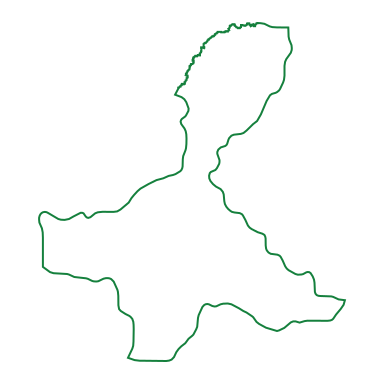 outline of Rio San Juan, María Trinidad Sánchez, Dominican Republic
{"feature_id": "3306468B8616193891808", "entity_name": "Rio San Juan", "entity_type": "district", "adm_level": 2, "iso_a3": "DOM", "parent_name": "Dominican Republic", "parent_adm1": "María Trinidad Sánchez", "projection": "robinson", "projection_center": [-70.066, 19.564], "detail": "fine", "context": "isolated", "style": "outline", "palette": "green", "viewbox_px": 384, "rotation_deg": 0, "n_neighbors": 0, "source": "geoboundaries", "source_scale": "gbopen_adm2", "svg_char_len": 5803}
<svg xmlns="http://www.w3.org/2000/svg" viewBox="0 0 384 384"><path d="M128.0,357.8L134.6,360.1L139.5,360.7L166.2,361.0L169.1,360.6L171.6,359.6L174.0,357.1L176.3,352.2L178.6,349.0L181.3,346.3L185.3,343.2L188.6,338.7L192.3,335.7L193.4,334.6L196.2,329.3L197.2,326.8L198.0,317.9L198.7,315.1L202.4,307.0L204.1,305.1L205.5,304.3L207.2,304.0L208.9,304.3L212.3,306.0L214.6,306.5L216.3,306.3L220.6,304.3L223.2,303.7L227.8,303.5L231.4,304.3L239.0,308.3L243.3,311.0L246.5,312.5L252.0,316.2L253.2,317.2L256.5,321.9L259.2,324.0L266.0,327.7L277.0,331.0L279.1,330.4L284.3,327.9L290.8,322.4L293.2,321.4L295.6,321.4L299.6,322.6L304.6,321.1L307.5,320.7L327.5,320.8L330.2,320.5L331.9,319.9L333.2,318.8L336.1,314.5L340.7,309.0L343.6,304.8L344.9,300.2L338.6,299.4L333.2,296.9L331.3,296.4L320.2,296.0L318.4,295.8L316.7,295.1L315.5,293.7L314.9,291.9L314.5,282.7L314.0,279.6L312.7,276.4L310.6,273.1L309.3,272.2L307.8,272.0L306.4,272.3L303.1,274.1L301.4,274.5L297.9,274.7L295.4,274.0L288.6,270.2L286.7,268.5L285.2,266.3L282.7,260.6L280.7,256.9L279.6,255.7L277.5,254.7L270.7,253.8L268.5,252.5L266.8,250.4L266.1,248.6L265.7,245.5L265.6,238.4L265.2,236.5L264.4,234.9L262.4,233.7L257.7,232.2L251.7,229.1L249.6,227.6L247.9,225.5L245.3,219.8L242.9,215.4L241.9,214.2L239.7,213.1L234.6,212.5L232.0,211.9L230.4,210.9L228.2,209.0L226.3,206.7L224.9,204.0L224.3,201.2L223.7,194.4L222.8,191.8L220.6,189.1L216.0,186.6L213.0,184.1L210.5,181.1L209.3,178.4L209.1,175.7L209.8,173.1L210.8,172.0L215.4,170.0L216.9,168.2L219.2,163.8L219.5,162.0L219.5,160.1L217.3,153.8L217.3,152.0L218.3,149.6L220.8,147.4L225.2,146.0L226.4,145.1L227.2,143.8L228.4,139.8L229.1,138.2L231.4,135.7L233.8,134.7L240.8,133.9L243.5,133.0L246.6,130.5L253.1,124.1L257.1,121.0L260.9,114.4L266.6,101.0L270.0,95.3L271.9,93.9L275.7,92.8L277.2,92.0L279.1,90.4L280.1,88.9L283.1,82.5L284.0,79.8L284.5,75.6L284.5,65.9L285.1,61.8L286.3,59.1L290.8,52.8L291.7,50.0L291.8,48.1L291.5,45.2L289.2,39.5L288.6,36.6L288.3,27.5L277.0,27.4L272.3,27.1L269.7,26.4L264.4,23.8L260.7,23.2L257.5,23.0L257.5,23.3L256.5,23.3L256.5,23.7L255.8,24.2L255.8,24.6L255.1,25.0L255.1,26.2L254.0,26.2L254.0,25.8L253.6,25.8L253.6,24.6L253.3,24.6L253.3,24.2L251.9,24.6L251.9,25.0L251.5,25.0L251.5,25.8L250.8,26.2L250.5,25.4L250.1,25.4L249.8,24.6L249.4,24.6L249.4,23.7L249.1,23.7L249.1,23.3L247.7,23.3L247.7,23.7L247.0,23.7L247.0,24.6L246.6,24.6L246.2,25.3L245.2,25.4L245.2,25.8L244.5,25.8L244.5,25.4L242.4,25.4L242.4,25.0L241.0,25.0L241.0,27.0L240.6,27.0L240.3,27.8L239.5,27.8L239.5,28.2L237.8,28.2L237.4,27.4L236.4,27.4L236.0,26.6L235.7,26.6L235.3,25.8L235.0,25.8L235.0,25.4L234.6,25.4L234.6,24.6L234.3,24.6L234.3,24.2L232.8,24.2L232.8,24.6L231.8,24.6L231.4,25.4L230.7,25.4L230.7,25.8L230.0,25.8L230.0,26.2L229.7,26.2L229.7,27.8L229.0,28.2L229.0,29.0L228.6,29.0L229.0,29.8L228.6,29.8L228.6,30.7L227.9,31.1L227.9,31.5L227.5,31.5L227.5,31.1L226.1,31.1L226.1,31.5L225.1,31.5L225.1,31.9L224.4,31.9L224.4,32.3L221.2,32.3L221.2,31.9L217.7,31.9L217.7,32.3L217.3,32.3L217.0,33.1L216.6,33.1L216.6,33.5L215.2,33.9L215.2,34.7L214.8,34.7L214.8,35.1L214.1,35.5L214.1,35.9L213.4,35.9L213.4,36.3L212.4,36.3L212.4,36.7L211.7,36.7L211.3,37.6L210.6,37.6L210.3,38.3L209.6,38.4L209.2,39.2L208.9,39.2L208.9,39.6L208.2,39.6L208.2,40.0L207.4,40.4L207.4,41.2L207.1,41.2L206.7,42.0L206.4,42.0L206.0,42.8L205.3,42.8L205.3,43.2L204.3,43.2L203.9,44.1L203.6,44.1L203.6,46.5L204.3,46.9L204.3,47.7L203.9,47.7L203.9,48.1L202.5,47.7L202.5,47.3L201.1,47.3L201.1,48.1L201.4,48.1L201.4,51.0L201.1,51.0L201.1,52.2L200.7,52.2L200.4,53.0L199.7,53.4L199.7,53.8L200.0,53.8L200.0,55.4L198.6,55.4L198.6,55.0L197.9,55.0L197.9,55.4L197.6,55.4L197.2,56.3L196.5,56.3L196.5,55.8L195.5,55.8L195.5,56.3L194.7,56.3L194.4,57.1L193.7,57.1L193.7,57.9L193.3,57.9L193.3,58.7L193.0,58.7L193.0,59.9L192.6,59.9L192.6,60.7L193.7,60.7L193.7,62.3L193.3,62.3L193.3,63.2L193.0,63.2L192.6,64.0L191.2,64.0L191.2,64.4L190.9,64.4L190.9,65.2L190.5,65.2L190.2,66.0L189.8,66.0L189.8,66.4L189.5,66.4L189.5,67.6L189.8,67.6L189.5,69.3L189.1,69.3L188.7,70.1L188.4,70.1L188.4,70.5L187.7,70.9L187.7,71.3L187.3,71.3L187.0,72.9L186.6,72.9L186.6,73.3L185.9,73.7L185.9,74.1L186.3,74.1L185.9,74.9L186.3,74.9L186.3,75.4L187.3,75.4L187.3,76.2L187.7,76.2L187.7,77.4L187.3,77.4L187.0,78.2L186.6,78.2L186.6,79.8L186.3,79.8L185.9,80.6L185.6,80.6L185.6,81.5L184.9,81.9L184.9,82.3L184.5,82.3L184.5,83.1L184.9,83.1L184.9,83.5L184.5,83.5L184.5,83.9L183.8,83.9L183.8,84.3L182.7,84.3L182.7,83.9L182.0,83.9L182.0,84.3L181.7,84.3L181.7,85.1L181.3,85.1L181.3,85.5L180.6,85.9L180.6,86.3L180.3,86.3L180.3,86.7L179.6,86.7L179.2,87.5L178.5,87.5L178.5,87.9L178.2,87.9L178.2,88.8L175.1,94.7L181.5,97.1L184.3,99.2L186.3,102.2L188.6,108.5L188.4,110.9L186.2,115.1L185.3,116.4L181.8,119.0L181.0,120.2L180.6,121.7L181.3,124.1L184.5,128.5L185.7,131.2L186.3,134.3L186.5,138.6L186.4,144.0L186.0,148.2L185.5,150.2L183.2,156.1L182.8,159.2L182.6,166.5L182.2,168.3L181.4,170.0L180.3,171.2L175.5,174.1L173.0,175.0L168.7,175.9L163.3,178.3L156.5,180.1L148.8,183.9L140.5,188.6L137.5,191.2L134.0,195.0L131.4,198.2L128.7,202.6L120.5,209.5L117.2,211.4L113.4,211.9L102.6,211.8L97.8,212.3L95.2,213.3L90.4,217.2L88.2,217.9L86.9,217.5L85.8,216.6L83.5,213.3L82.2,212.8L80.6,212.8L73.4,216.5L69.0,219.0L64.6,219.9L60.9,219.7L58.3,219.0L48.0,212.9L46.6,212.2L44.9,211.9L43.1,212.2L41.6,213.0L40.4,214.3L39.6,215.9L39.1,217.8L39.1,219.7L39.4,222.6L41.9,228.3L42.7,232.4L42.9,237.7L42.9,266.9L50.0,272.1L53.5,273.2L67.1,274.0L68.9,274.5L74.3,277.0L86.0,278.3L87.8,278.8L92.3,281.0L94.0,281.4L96.6,281.5L98.4,281.2L103.5,278.7L106.1,278.1L107.9,278.1L109.6,278.4L111.2,279.1L113.7,281.6L117.4,289.8L117.9,291.7L118.3,295.9L118.4,305.3L119.1,309.1L120.8,311.0L125.5,314.0L129.3,315.9L130.6,316.9L132.3,318.9L133.3,321.8L133.6,324.9L133.7,329.3L133.5,341.5L133.2,345.8L132.3,348.7L128.0,357.8Z" fill="none" stroke="#15803d" stroke-width="2"/></svg>